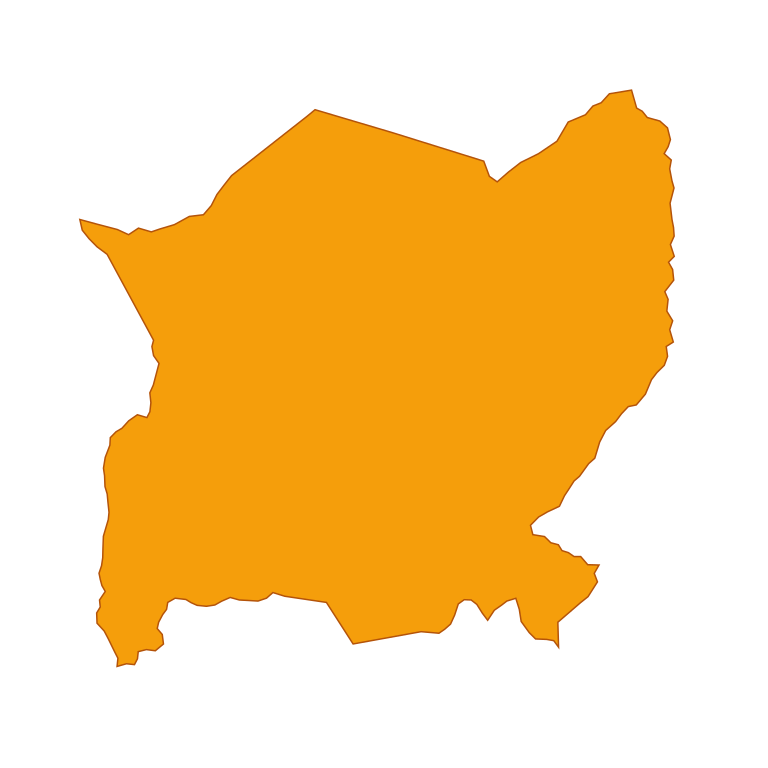 outline of Inhumas, Goiás, Brazil, rotated 354°
{"feature_id": "56859067B39938003702048", "entity_name": "Inhumas", "entity_type": "district", "adm_level": 2, "iso_a3": "BRA", "parent_name": "Brazil", "parent_adm1": "Goiás", "projection": "orthographic", "projection_center": [-49.521, -16.312], "detail": "fine", "context": "isolated", "style": "filled", "palette": "amber", "viewbox_px": 768, "rotation_deg": 354, "n_neighbors": 0, "source": "geoboundaries", "source_scale": "gbopen_adm2", "svg_char_len": 2435}
<svg xmlns="http://www.w3.org/2000/svg" viewBox="0 0 768 768"><g transform="rotate(354 384 384)"><path d="M89.0,637.0L98.6,635.3L106.5,637.0L110.1,631.5L111.6,624.5L119.9,623.3L128.7,625.4L137.5,619.5L137.3,609.9L132.9,603.5L135.0,597.3L139.8,590.2L144.2,585.4L146.1,578.6L153.9,575.2L164.5,577.6L169.3,581.3L175.0,584.6L184.2,586.5L192.7,586.1L199.9,583.0L208.7,580.2L217.6,583.7L225.8,585.0L236.0,586.7L244.8,584.7L251.7,579.8L263.1,584.7L303.9,595.2L326.1,639.3L395.0,634.2L412.6,637.6L418.8,634.2L425.1,629.7L430.1,621.2L434.9,610.5L441.2,606.9L448.1,607.9L453.3,612.9L457.9,622.3L462.4,629.8L470.1,620.5L478.0,616.1L483.5,612.7L492.7,610.9L495.0,622.3L495.6,634.5L498.8,640.1L502.5,646.5L508.1,653.4L519.1,655.0L526.0,657.0L530.1,664.0L532.0,639.1L556.6,622.0L564.7,616.8L575.6,603.1L573.3,594.3L578.9,586.5L567.7,585.0L561.6,576.2L555.0,575.5L549.8,571.0L543.6,568.3L540.6,562.1L533.3,559.3L527.7,552.5L516.3,549.4L514.9,539.8L523.9,532.4L533.1,528.3L545.7,523.9L551.8,514.0L557.2,507.4L562.9,500.3L568.8,496.2L579.2,484.6L585.9,479.8L592.4,464.3L599.6,453.4L610.4,445.6L617.1,438.4L624.6,432.0L632.7,431.2L642.9,421.4L650.5,407.6L656.7,401.1L664.7,394.7L668.9,386.1L668.6,376.2L676.1,372.5L673.8,359.9L677.7,351.3L672.9,341.1L675.4,329.5L672.9,321.5L683.0,311.0L683.0,300.3L679.7,292.6L686.0,287.4L683.4,275.2L688.0,267.3L688.3,258.6L687.6,250.5L687.4,234.1L692.9,219.4L691.6,211.9L690.6,199.9L693.1,191.3L686.7,184.2L691.4,177.7L694.4,170.9L692.7,158.9L685.8,151.3L673.7,146.5L669.3,139.7L664.1,136.0L660.9,117.6L638.5,118.9L629.4,127.0L620.8,129.4L612.5,137.3L594.6,142.7L581.4,160.6L561.7,171.1L543.1,178.0L530.1,186.1L517.7,194.8L510.5,188.5L506.5,172.8L419.3,135.2L344.1,104.0L335.2,109.9L254.2,160.8L246.2,169.0L237.7,178.0L230.9,188.5L222.1,196.8L207.9,197.0L192.2,203.6L177.3,206.4L168.5,208.4L156.1,203.3L145.6,208.8L135.0,202.5L114.4,194.7L98.7,188.6L100.0,199.5L105.9,208.7L113.0,217.6L122.2,226.1L159.4,316.4L157.1,322.5L157.8,331.7L162.4,340.0L154.5,360.9L150.2,368.3L150.2,378.3L148.3,387.1L144.7,392.6L135.5,388.8L126.3,393.9L118.8,400.6L112.5,403.5L106.2,408.7L105.0,416.2L99.1,427.8L96.2,438.4L96.5,446.0L95.8,456.9L97.2,464.4L97.1,472.6L97.1,482.9L95.6,490.1L89.0,506.1L87.4,517.4L86.1,527.4L84.1,535.2L80.8,542.4L81.4,548.8L82.4,555.0L85.1,561.2L78.5,569.1L78.5,576.1L74.3,581.7L73.6,591.9L79.9,600.4L83.1,608.4L88.1,622.1L90.7,628.9L89.0,637.0Z" fill="#f59e0b" stroke="#b45309" stroke-width="1.5"/></g></svg>